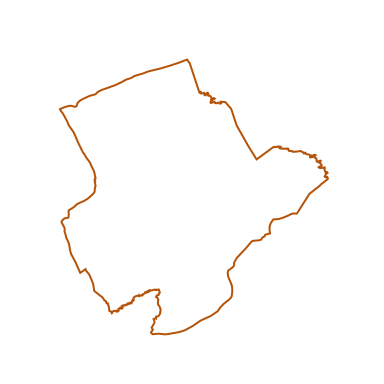 the district of Thepharak, Chaiyaphum, Thailand, rotated 71°
{"feature_id": "78962969B2077127014439", "entity_name": "Thepharak", "entity_type": "district", "adm_level": 2, "iso_a3": "THA", "parent_name": "Thailand", "parent_adm1": "Chaiyaphum", "projection": "equal_earth", "projection_center": [101.53, 15.302], "detail": "fine", "context": "isolated", "style": "outline", "palette": "amber", "viewbox_px": 384, "rotation_deg": 71, "n_neighbors": 0, "source": "geoboundaries", "source_scale": "gbopen_adm2", "svg_char_len": 5979}
<svg xmlns="http://www.w3.org/2000/svg" viewBox="0 0 384 384"><g transform="rotate(71 192 192)"><path d="M224.0,59.5L223.7,59.2L223.0,59.1L222.2,59.8L221.7,60.5L221.4,59.8L220.8,60.6L220.8,61.4L220.5,61.5L219.8,60.5L219.2,60.2L218.5,59.3L218.3,57.8L217.7,57.5L217.0,58.0L216.8,59.3L216.6,59.5L215.6,59.3L214.4,59.5L213.0,59.3L212.8,59.4L212.8,58.8L211.9,58.6L211.3,62.5L210.6,63.7L209.9,64.3L209.7,64.2L209.4,61.1L209.2,60.7L207.2,61.0L206.1,62.0L205.8,62.1L205.6,62.0L205.3,61.2L204.6,61.4L204.5,60.2L204.4,60.1L204.2,60.2L204.0,61.5L204.3,63.0L204.3,63.8L204.0,64.1L203.2,64.1L201.6,63.5L200.8,63.5L200.0,64.4L198.9,64.9L198.1,64.6L197.5,63.1L197.0,63.4L196.6,65.3L198.0,66.1L198.2,66.4L198.0,68.4L197.8,68.9L197.6,69.1L197.1,69.0L196.7,67.6L196.3,67.5L194.5,69.5L193.9,70.7L193.0,71.9L192.7,72.1L192.0,72.0L192.1,73.3L192.0,73.6L190.8,73.6L190.7,74.3L189.3,75.4L188.8,75.5L188.6,75.9L188.3,77.7L188.0,78.7L187.9,80.1L187.5,81.0L186.9,83.4L186.6,83.8L186.1,83.8L185.9,84.4L185.6,84.6L184.8,86.8L184.3,87.1L183.5,86.9L183.2,87.1L182.4,86.9L182.2,87.1L181.8,88.2L182.0,88.5L181.9,88.9L181.6,89.2L181.3,90.2L181.0,90.7L180.9,91.2L180.7,91.4L180.7,92.0L180.1,93.0L180.0,93.6L179.6,93.7L179.4,93.9L179.3,94.7L178.9,94.9L178.5,94.1L178.2,94.3L178.0,93.9L177.7,94.7L177.3,94.9L177.3,95.3L177.1,95.6L177.1,96.3L176.8,96.6L176.9,97.8L176.5,98.2L176.4,99.8L176.0,100.3L182.2,120.3L167.4,123.7L143.6,128.1L126.1,127.9L117.8,131.3L116.0,135.5L117.6,135.5L117.7,135.9L117.6,136.3L117.1,137.5L116.2,137.9L115.9,138.3L115.9,138.7L116.1,139.7L116.0,140.4L115.1,141.4L114.4,141.2L114.0,142.0L113.9,142.7L114.1,144.9L114.0,145.2L113.6,145.4L113.1,145.3L112.2,144.2L111.9,143.6L111.2,144.1L110.9,143.9L110.9,143.4L111.5,143.2L111.7,142.8L111.3,140.3L111.1,140.1L110.2,141.1L110.8,142.1L110.8,142.3L109.0,143.2L107.9,143.1L107.2,143.5L106.1,145.4L105.4,145.6L105.1,144.8L104.9,144.6L104.3,144.8L103.9,144.6L103.4,144.7L103.2,144.9L103.2,145.3L104.4,145.2L104.8,145.9L104.7,146.3L103.9,147.0L104.3,147.6L104.9,147.9L104.9,148.2L104.7,148.5L104.1,148.7L103.4,148.1L102.9,148.3L102.2,148.3L102.1,150.4L101.5,151.6L101.0,152.1L100.7,151.8L100.4,151.1L100.1,151.1L99.6,152.2L99.6,152.6L69.3,152.2L68.3,152.8L66.7,153.0L65.2,153.5L65.5,162.6L65.3,174.3L64.9,182.1L63.8,193.7L63.8,195.8L64.0,199.3L63.7,204.9L63.6,208.8L64.4,212.2L64.3,217.9L65.2,222.6L66.0,230.1L66.1,244.1L66.6,247.9L67.0,249.2L68.1,251.2L68.1,252.4L67.8,257.5L68.4,264.1L69.0,267.5L69.6,269.4L70.1,270.4L71.1,271.7L73.2,273.2L73.4,273.8L73.4,274.4L73.2,275.2L71.3,277.9L70.5,280.4L70.3,285.6L70.7,289.9L73.1,289.5L75.8,288.5L81.8,287.5L84.9,287.0L88.5,286.9L96.4,284.6L98.1,284.3L107.9,283.6L118.7,282.3L121.4,281.4L124.9,280.8L129.9,279.2L131.9,278.8L135.4,278.6L139.7,277.9L142.3,278.0L145.7,278.6L146.6,278.5L147.9,278.9L148.0,279.6L148.3,279.6L148.5,279.9L149.2,280.0L149.6,280.4L150.5,280.0L151.1,280.7L154.9,281.2L156.3,282.4L159.2,283.6L160.5,284.4L160.9,284.9L163.6,290.7L164.4,292.8L165.3,297.0L165.7,301.8L166.2,305.1L167.8,308.5L169.0,313.6L169.3,314.4L170.1,315.1L173.1,315.8L175.8,317.1L176.0,317.8L175.5,320.3L175.5,321.4L176.5,323.6L177.4,324.8L177.9,325.2L178.5,325.2L184.4,324.2L185.4,324.4L187.9,325.4L191.5,325.4L192.8,325.7L194.6,325.8L197.2,325.4L200.8,325.2L205.1,325.8L206.5,326.2L211.2,326.5L219.8,325.1L232.0,324.0L231.6,322.2L230.3,317.8L231.4,317.9L236.8,316.0L242.1,315.6L246.7,315.4L253.7,316.6L259.6,312.9L262.0,311.2L263.7,310.6L266.0,310.1L267.3,308.9L269.0,309.1L269.3,308.8L269.6,308.0L269.9,308.1L270.1,308.0L270.4,308.2L270.8,307.8L272.1,308.2L273.1,307.9L274.3,308.0L275.9,308.6L276.7,308.6L277.5,308.9L277.9,308.7L278.2,308.2L278.3,307.7L279.2,307.5L279.6,307.1L279.9,307.3L280.5,307.3L280.4,306.9L279.7,306.5L279.3,305.9L279.0,304.3L279.2,303.9L279.6,303.4L279.7,301.7L279.9,301.5L280.3,302.1L280.5,302.2L280.8,301.6L280.8,300.6L279.9,299.6L278.5,299.6L278.3,298.3L277.9,297.1L278.0,296.7L278.3,296.6L278.8,297.4L279.0,297.4L279.4,296.6L279.4,296.0L279.0,295.3L278.1,295.5L277.4,294.5L276.8,294.8L276.9,294.0L277.1,293.6L276.9,293.2L276.9,292.7L277.0,292.6L277.4,292.8L277.5,292.4L277.0,291.1L277.5,290.7L277.5,289.9L277.3,289.6L277.3,289.1L277.0,289.4L276.4,289.2L276.5,288.7L276.6,286.9L277.2,286.5L277.5,285.4L277.1,285.3L276.8,284.8L276.2,285.0L275.9,284.8L275.4,283.8L275.7,282.9L275.1,282.2L274.7,282.1L274.8,282.8L274.4,282.9L274.0,282.2L272.7,281.4L272.7,280.8L272.3,279.9L272.2,278.4L272.4,277.1L273.2,276.3L272.5,275.7L273.1,275.6L272.9,274.9L273.3,274.4L273.2,273.6L273.6,273.2L273.0,272.7L273.3,272.2L273.1,271.5L272.6,271.1L272.7,270.7L272.5,270.4L272.3,269.4L272.4,269.0L272.0,268.8L272.1,268.4L271.6,268.4L271.9,267.7L271.7,267.2L272.0,267.3L272.1,267.2L271.6,266.4L272.1,266.3L272.3,265.8L271.3,265.4L271.1,264.8L271.4,264.7L271.2,264.2L271.7,264.0L271.3,263.5L271.9,262.6L272.1,258.9L272.8,258.4L273.1,257.9L272.8,257.6L272.8,257.2L273.3,256.6L273.2,255.7L273.5,255.1L276.7,255.2L276.8,255.8L277.4,256.6L278.3,256.8L278.4,259.1L279.2,259.3L279.6,260.1L280.7,259.1L283.0,258.9L284.5,259.9L287.0,260.7L290.2,259.9L293.1,260.0L293.9,260.3L295.4,261.4L295.9,261.3L296.9,262.1L298.4,264.0L298.5,264.8L298.1,266.4L300.0,267.2L299.4,267.8L299.6,269.7L301.6,269.5L303.1,270.0L304.0,270.7L307.2,274.4L309.5,273.8L311.2,276.3L311.6,276.6L313.5,275.7L313.7,275.4L315.2,269.4L317.7,264.2L318.4,261.6L320.1,251.0L320.4,246.3L320.4,243.7L318.9,234.8L316.4,225.8L315.3,214.5L313.1,206.5L310.3,202.8L308.0,198.2L305.8,191.9L304.3,189.2L303.3,188.3L298.8,186.1L294.3,184.9L292.1,184.8L283.3,185.3L279.9,184.5L278.1,183.3L277.9,182.8L276.3,177.7L275.9,177.0L274.6,175.9L272.5,175.2L268.9,171.1L262.7,159.3L258.9,153.0L257.9,150.7L259.5,144.4L259.6,142.3L259.4,141.9L258.3,140.8L257.9,139.9L257.6,137.8L256.7,137.2L256.3,136.7L256.3,133.6L256.7,131.8L252.7,130.9L250.0,129.9L247.1,127.7L244.4,124.1L245.8,118.8L245.9,115.9L245.9,112.9L245.6,108.6L245.1,105.2L245.1,104.2L245.4,103.1L246.5,99.8L232.0,81.6L227.6,69.0L226.8,67.6L224.0,59.5Z" fill="none" stroke="#b45309" stroke-width="2"/></g></svg>